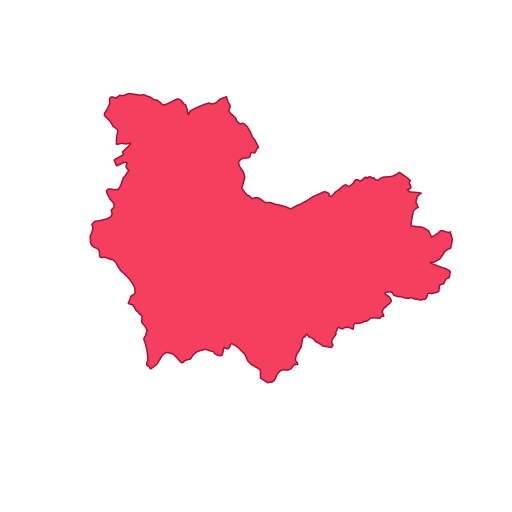 Than Uyen, Lào Cai, Vietnam (Mercator projection), rotated 289°
{"feature_id": "81297802B70449859021509", "entity_name": "Than Uyen", "entity_type": "district", "adm_level": 2, "iso_a3": "VNM", "parent_name": "Vietnam", "parent_adm1": "Lào Cai", "projection": "mercator", "projection_center": [103.85, 21.883], "detail": "fine", "context": "isolated", "style": "filled", "palette": "rose", "viewbox_px": 512, "rotation_deg": 289, "n_neighbors": 0, "source": "geoboundaries", "source_scale": "gbopen_adm2", "svg_char_len": 6113}
<svg xmlns="http://www.w3.org/2000/svg" viewBox="0 0 512 512"><g transform="rotate(289 256 256)"><path d="M397.0,176.2L392.6,170.9L388.5,168.7L387.2,167.6L385.6,165.4L385.3,164.2L385.4,162.2L385.1,161.5L383.0,158.4L376.3,150.8L371.7,146.7L371.1,146.3L368.2,146.3L368.0,146.1L368.0,145.4L372.3,143.1L375.9,140.2L376.4,138.0L377.9,136.0L378.9,134.0L379.2,131.1L378.5,129.9L371.6,123.3L369.2,120.3L368.8,119.2L368.8,117.8L370.2,114.9L371.0,112.6L371.1,111.2L370.6,108.5L371.8,104.6L371.7,101.8L372.0,97.4L370.3,94.0L368.4,83.3L367.4,81.7L364.4,78.4L363.4,74.6L360.2,72.5L359.7,71.5L359.7,69.4L359.5,67.9L359.0,67.1L358.1,66.6L356.6,66.3L354.8,67.2L352.3,68.0L347.7,67.7L342.0,66.4L339.8,66.7L338.9,67.9L335.8,74.5L332.2,78.5L330.5,84.0L329.0,84.8L325.7,85.1L321.1,86.0L316.5,87.5L316.3,88.3L318.9,92.4L319.5,96.4L321.6,100.3L321.3,100.7L320.4,100.6L316.6,98.9L311.2,95.9L310.4,96.2L309.2,97.4L308.3,97.4L301.5,91.3L300.3,90.8L296.1,94.6L296.1,95.2L300.8,99.9L302.1,101.7L302.3,103.1L301.5,104.0L298.6,103.8L298.0,104.2L296.9,105.3L295.4,108.0L292.5,106.9L289.7,106.4L286.6,105.1L279.0,105.1L275.0,104.4L274.2,104.0L272.9,101.3L271.6,95.4L270.9,94.3L269.7,93.6L268.7,93.6L268.1,93.9L266.2,95.4L262.4,99.3L260.0,103.5L258.6,104.9L257.4,105.6L255.8,105.8L252.4,104.1L249.6,105.8L248.2,106.3L246.7,106.1L244.9,105.2L242.5,102.8L237.9,95.8L236.7,92.7L235.8,92.0L233.0,90.8L231.9,90.7L230.7,92.0L228.7,92.8L225.5,93.1L220.8,92.8L215.1,95.0L213.0,96.7L212.3,97.9L211.6,100.0L211.3,103.7L210.7,105.1L209.2,106.5L204.9,108.2L204.3,109.2L204.3,110.5L205.3,112.8L205.7,114.4L205.4,119.5L205.8,122.0L205.7,122.6L204.7,124.8L203.1,126.9L201.2,128.7L198.1,132.9L195.5,139.1L193.2,143.4L189.4,148.8L187.5,150.6L185.8,152.0L183.0,153.3L180.5,153.5L177.4,150.9L176.7,150.7L174.8,151.0L169.8,150.6L169.4,151.7L169.7,155.5L168.6,156.4L167.9,158.0L166.4,159.1L165.2,161.0L164.5,163.3L163.5,164.1L162.4,167.5L160.6,168.4L157.8,168.8L155.8,169.9L153.6,173.6L151.5,176.1L150.2,177.1L144.7,177.6L143.1,176.9L141.7,176.9L140.1,177.4L137.8,179.4L131.9,183.3L125.3,186.6L122.3,187.7L119.2,187.5L117.6,188.0L116.8,189.2L116.8,190.3L115.0,192.9L116.5,194.4L120.9,197.2L122.9,197.9L130.6,199.5L133.2,200.7L135.4,202.4L136.0,204.3L136.3,209.8L133.6,215.2L131.2,219.2L130.9,220.2L131.0,220.7L131.8,221.9L133.3,222.4L135.4,224.4L136.9,227.2L137.6,227.7L142.1,228.8L145.6,230.9L147.8,233.2L150.9,237.8L151.5,240.5L151.3,242.8L151.7,246.8L150.1,249.0L149.7,251.7L150.0,254.5L150.6,255.8L151.0,256.1L152.6,256.2L157.4,255.7L158.7,255.3L159.1,256.0L158.8,258.9L159.4,260.1L161.3,260.6L164.5,260.9L165.2,261.5L165.3,262.1L164.8,264.4L164.6,266.2L163.2,270.2L161.9,272.2L159.5,277.5L155.6,280.9L153.8,282.9L151.9,286.8L150.0,296.5L148.7,297.5L146.9,298.4L144.6,299.0L142.0,300.2L140.0,308.2L142.2,312.3L143.7,313.6L146.2,314.2L150.7,314.5L153.4,315.3L155.7,316.7L156.7,317.5L157.1,318.4L158.6,323.5L160.9,325.9L165.7,327.5L166.1,328.0L166.9,330.6L167.3,330.7L168.3,330.1L169.6,327.9L171.9,326.7L173.0,326.6L175.9,326.5L184.1,328.3L193.2,327.0L194.6,327.3L195.4,328.6L198.0,328.9L198.4,329.6L197.6,330.9L196.8,332.9L196.6,336.1L196.2,337.7L194.6,340.0L194.0,343.6L192.7,349.0L194.1,357.0L195.7,357.7L196.9,357.7L198.1,356.4L199.7,355.5L200.8,355.2L202.6,355.4L207.5,357.1L208.2,357.0L209.4,356.4L215.0,356.8L215.4,357.2L215.4,358.0L214.9,360.2L215.4,361.8L217.6,363.6L218.5,365.7L218.7,367.7L218.4,370.9L218.7,371.8L222.4,370.8L223.3,370.9L224.8,371.7L225.2,373.7L227.8,378.6L229.0,379.2L229.6,379.8L230.5,382.0L231.8,383.0L234.7,384.5L236.1,388.0L237.5,393.5L240.1,394.3L240.4,396.3L241.3,396.2L243.3,394.2L244.9,393.4L245.7,393.4L247.5,393.7L256.0,398.4L257.7,398.5L259.1,397.5L260.4,395.8L260.9,394.8L261.7,391.5L262.5,390.3L263.0,390.0L264.1,390.6L265.5,393.6L266.0,396.5L263.8,399.0L263.8,404.1L264.7,405.3L264.8,410.5L265.3,413.4L266.7,415.5L267.1,416.8L267.0,419.7L268.1,426.3L270.3,429.9L272.0,430.8L275.0,430.7L276.4,430.8L277.0,431.3L277.4,432.0L277.6,434.2L280.4,438.7L281.7,440.0L282.1,440.2L283.7,440.1L287.1,439.1L288.7,439.4L290.5,442.0L291.4,442.7L294.2,442.8L295.9,443.2L296.4,443.5L298.0,445.4L299.3,445.7L304.2,444.8L305.1,443.8L305.8,439.7L305.7,436.2L306.0,424.5L306.3,423.5L306.7,423.1L307.3,423.9L307.9,425.8L309.0,427.2L312.9,430.6L314.4,431.3L320.7,432.8L322.9,433.8L324.9,435.3L326.2,437.0L326.8,437.3L328.7,437.3L335.7,436.3L342.0,431.7L340.8,430.3L340.7,424.1L340.1,422.6L339.6,422.0L336.5,420.4L331.0,415.9L336.1,410.8L337.4,404.2L334.9,392.7L338.0,391.9L349.7,390.1L352.4,391.4L354.9,393.5L359.1,389.5L362.6,389.4L364.5,389.0L365.6,389.4L369.1,391.6L368.7,388.4L366.7,380.8L367.1,379.2L368.0,377.6L368.5,378.9L369.5,378.8L370.4,380.1L371.4,380.1L373.2,378.9L373.8,378.3L374.2,377.3L374.7,377.0L376.5,377.0L377.6,377.4L378.9,374.3L381.8,364.6L381.3,363.8L379.6,362.8L376.3,359.6L375.0,357.6L371.9,350.5L369.8,348.2L367.2,346.6L367.1,343.7L368.0,342.7L368.2,342.0L367.5,340.2L368.1,338.6L368.0,337.9L367.2,336.5L365.8,335.7L365.8,335.2L366.3,334.4L366.0,333.6L361.2,330.8L360.9,329.7L361.2,327.0L360.7,325.9L360.2,325.3L358.9,324.8L356.4,324.2L352.0,321.6L351.9,321.0L352.6,317.6L350.7,315.6L346.0,312.9L342.1,310.1L338.2,308.7L337.3,308.1L336.6,306.5L336.6,305.5L338.6,304.8L338.9,304.4L339.3,302.2L339.2,300.4L338.6,299.0L330.4,290.4L323.8,285.2L321.3,282.7L318.7,280.5L317.6,278.7L313.4,275.1L311.8,273.1L312.2,268.1L311.8,261.6L311.2,257.4L311.3,252.1L309.7,247.9L309.9,245.8L311.1,242.4L311.7,239.4L311.1,236.8L309.2,233.8L309.1,233.3L310.7,229.8L310.7,227.9L311.0,227.3L312.3,225.0L315.9,220.0L318.1,220.4L323.0,220.1L326.3,219.8L327.1,219.5L329.9,217.8L332.2,215.6L333.6,213.5L335.5,211.3L337.8,209.5L338.8,209.1L340.2,209.2L341.5,209.7L344.1,211.7L346.4,216.7L347.1,217.6L347.9,217.9L351.0,217.6L351.7,217.7L352.6,218.6L353.0,221.2L354.5,221.7L356.4,221.7L357.9,222.0L358.8,222.3L359.5,223.0L364.8,217.8L367.5,213.8L371.6,210.2L375.1,206.0L376.1,204.3L377.3,200.7L377.3,200.0L375.9,198.8L375.8,197.6L376.3,196.2L377.2,194.3L378.0,193.2L379.4,192.3L380.2,191.2L382.4,186.0L384.3,183.3L384.8,182.8L388.1,183.1L389.6,182.5L390.6,181.7L392.4,179.4L397.0,176.2Z" fill="#f43f5e" stroke="#9f1239" stroke-width="1.5"/></g></svg>